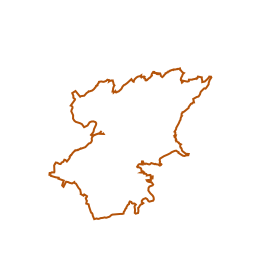 the district of Aiud, Alba, Romania, rotated 129°
{"feature_id": "2599482B674041573443", "entity_name": "Aiud", "entity_type": "district", "adm_level": 2, "iso_a3": "ROU", "parent_name": "Romania", "parent_adm1": "Alba", "projection": "natural_earth1", "projection_center": [23.671, 46.302], "detail": "fine", "context": "isolated", "style": "outline", "palette": "amber", "viewbox_px": 256, "rotation_deg": 129, "n_neighbors": 0, "source": "geoboundaries", "source_scale": "gbopen_adm2", "svg_char_len": 5783}
<svg xmlns="http://www.w3.org/2000/svg" viewBox="0 0 256 256"><g transform="rotate(129 128 128)"><path d="M146.6,186.6L146.3,185.8L146.5,184.5L147.4,183.7L149.2,183.3L150.7,182.6L152.6,178.7L155.3,176.6L156.1,174.3L156.1,172.5L154.5,168.4L154.0,166.3L155.0,162.6L151.5,161.0L147.8,161.4L146.0,160.5L144.6,159.0L143.9,157.0L144.3,155.7L145.5,154.9L150.3,153.7L152.5,152.5L154.2,152.3L156.7,152.4L156.7,151.4L155.6,151.1L156.2,150.4L155.0,149.9L153.1,148.9L150.8,147.4L150.5,147.2L150.6,146.8L150.3,146.5L148.9,146.8L146.9,146.6L148.9,146.8L150.3,146.4L148.1,143.5L147.9,143.5L148.0,143.2L150.7,146.8L150.8,147.3L153.1,148.8L156.2,150.3L156.4,150.1L157.3,150.1L158.9,149.7L160.4,148.2L161.5,147.8L162.8,147.7L163.8,148.0L164.7,148.7L169.7,149.1L173.8,151.6L173.7,151.9L176.6,153.0L176.5,153.3L176.8,153.5L178.9,154.7L178.8,155.0L182.5,155.3L185.0,155.0L185.3,155.1L185.3,155.4L186.2,155.4L187.1,155.3L187.3,154.8L188.6,154.4L192.5,154.4L192.2,156.4L192.7,157.5L195.0,157.0L196.7,157.9L197.8,157.6L198.5,157.8L199.1,158.7L199.6,161.3L200.3,162.4L201.6,162.0L201.8,162.2L203.6,161.8L208.0,157.9L208.9,157.4L209.9,158.5L210.2,159.2L211.3,159.6L212.3,160.6L212.6,160.5L213.2,159.7L213.8,159.6L213.3,157.9L213.7,157.7L212.9,155.8L211.8,153.1L210.3,150.6L211.2,150.2L209.3,144.8L214.0,143.1L214.3,142.1L214.3,141.1L208.7,142.3L207.5,140.0L207.5,139.2L206.4,136.8L206.2,136.5L203.9,135.7L204.4,135.2L204.0,133.3L205.7,128.8L206.1,126.3L208.3,123.6L209.1,123.2L208.6,120.0L207.2,120.2L206.8,116.9L207.9,116.5L209.1,116.7L210.1,115.2L210.5,114.0L211.3,113.8L213.0,112.9L212.1,110.6L213.7,108.6L216.4,104.4L217.0,103.2L216.8,102.4L217.3,101.3L218.3,100.2L220.1,96.9L218.1,95.5L217.5,94.1L216.9,93.5L215.2,92.5L213.8,91.1L212.1,89.8L211.7,88.8L211.4,88.4L208.5,86.5L206.5,86.2L205.2,85.7L200.0,80.3L198.4,78.4L197.3,77.6L195.8,78.5L194.5,78.5L192.4,79.1L191.5,78.8L190.9,79.3L187.8,79.8L186.5,79.3L185.1,80.2L183.9,80.3L183.4,78.8L184.0,77.7L183.8,76.9L182.6,75.4L182.6,73.7L184.2,73.7L185.1,73.4L187.0,71.1L189.7,69.3L189.7,68.1L187.7,66.7L185.9,67.7L183.7,69.8L182.9,69.6L180.5,70.0L178.8,69.7L178.2,69.1L176.8,68.8L176.9,70.7L175.8,71.5L173.7,71.4L171.4,70.1L171.2,68.2L171.9,66.4L171.8,65.1L168.6,62.7L167.1,63.1L165.7,64.6L165.0,66.3L164.7,69.6L163.8,72.8L161.7,74.3L160.0,74.5L157.1,72.8L156.1,72.9L155.4,75.3L157.0,78.4L157.2,79.6L156.8,80.6L155.4,79.2L154.2,77.4L153.0,78.5L151.8,77.2L150.3,78.2L150.6,78.4L150.4,78.7L151.5,79.8L150.4,81.0L150.5,81.3L153.1,83.5L152.5,83.9L152.3,85.0L153.4,86.8L152.6,87.2L154.5,90.0L153.5,89.5L152.8,88.3L152.3,88.4L152.3,89.1L152.7,89.6L152.5,90.9L151.4,92.1L151.2,93.1L151.7,94.9L152.5,95.9L152.4,96.5L149.7,96.8L148.7,96.2L147.1,93.5L145.6,94.3L146.3,95.0L146.7,95.1L145.2,96.1L144.6,95.4L145.5,94.1L145.4,92.1L144.6,91.9L144.2,91.4L143.0,88.6L142.5,88.2L140.6,87.8L139.7,85.5L139.2,84.3L138.7,84.2L138.2,82.8L137.3,81.5L137.3,79.8L136.9,79.4L136.0,79.1L135.2,79.2L135.2,81.2L135.0,81.5L133.9,82.0L133.0,83.3L131.5,83.8L127.2,82.3L123.6,80.4L120.6,79.1L119.6,79.0L116.4,77.3L115.3,76.3L115.3,75.6L115.0,73.4L115.6,73.1L115.0,67.9L114.2,66.5L112.7,65.6L111.2,64.0L110.0,64.5L111.6,66.8L111.7,70.8L111.5,71.9L110.3,73.4L110.0,74.2L110.2,74.7L109.5,75.8L108.2,76.7L107.4,76.6L107.9,78.8L107.4,79.3L107.6,80.0L107.6,81.8L107.9,82.1L107.6,82.3L107.6,83.0L107.3,83.4L106.6,83.3L106.0,84.3L105.7,85.9L105.0,85.6L104.0,86.0L104.5,86.3L104.7,87.1L103.5,87.0L101.7,88.4L101.5,89.1L101.6,89.5L99.7,89.7L98.4,90.0L97.6,90.6L92.4,91.5L89.7,92.3L88.5,92.4L87.3,93.2L86.3,93.6L84.9,93.7L85.0,93.9L84.8,94.2L82.9,95.4L81.6,95.2L81.4,95.5L80.0,94.7L74.2,93.5L73.3,94.1L69.6,94.3L68.5,93.5L67.7,93.7L67.4,93.6L66.6,92.8L64.4,95.6L60.7,94.1L59.2,93.0L56.7,93.2L54.6,94.1L53.6,94.2L49.5,93.8L49.1,93.6L48.6,92.5L47.0,92.5L43.4,92.8L42.1,93.7L39.4,94.7L36.3,95.0L35.9,95.8L36.9,97.2L37.7,97.0L40.4,97.1L43.6,97.6L45.6,99.2L44.4,100.2L43.2,101.8L42.2,102.5L44.0,106.0L44.8,105.8L45.4,105.4L46.3,105.5L46.1,106.0L46.4,106.2L47.3,106.5L49.6,108.4L50.1,108.6L52.1,111.1L53.4,110.2L54.6,111.1L56.6,114.9L57.8,114.4L58.8,114.6L58.3,115.4L57.3,116.1L57.2,116.4L57.5,117.0L57.0,117.6L55.4,118.3L53.2,118.7L51.9,119.3L50.1,119.1L50.4,120.1L50.3,121.9L49.9,123.1L50.1,123.8L49.0,125.1L51.0,126.4L51.0,126.8L52.4,127.7L53.6,129.1L54.1,129.1L54.1,129.6L55.2,130.2L55.8,130.8L56.7,131.0L57.1,131.5L58.1,131.6L58.8,132.3L59.8,132.1L60.2,132.6L61.2,132.8L61.8,133.3L62.4,133.0L63.9,133.2L65.4,133.1L66.9,133.4L66.8,135.4L66.1,136.1L65.4,137.3L65.4,137.6L66.7,138.0L66.5,138.7L67.3,139.0L67.0,139.5L67.9,139.9L67.8,140.2L67.5,140.2L67.4,140.5L67.9,141.3L68.1,141.2L68.9,142.6L68.0,143.0L68.5,143.7L70.9,143.5L71.7,143.2L72.2,142.4L73.5,142.7L74.6,142.5L76.3,143.1L78.9,143.4L79.7,143.9L79.9,144.4L79.0,145.2L78.9,145.7L79.2,146.6L78.7,146.9L78.7,147.1L78.2,147.6L77.8,147.5L77.8,147.8L78.8,148.8L80.3,149.4L80.1,150.2L78.9,150.9L80.2,151.3L81.8,152.6L83.4,153.2L86.0,153.5L87.3,153.2L88.5,152.7L88.7,153.7L87.9,156.1L93.5,156.9L96.2,157.6L97.0,158.1L99.2,158.3L101.3,157.8L102.5,157.8L105.5,158.3L106.7,159.1L106.8,159.4L106.7,159.5L107.4,159.3L107.7,159.5L107.3,160.2L107.6,160.6L107.4,161.0L108.1,160.9L108.2,161.3L109.5,161.5L108.9,162.1L108.8,162.5L109.3,163.0L107.2,164.0L106.6,164.5L104.4,165.3L103.4,165.3L103.0,166.8L102.4,167.4L100.7,169.8L101.2,170.1L101.5,170.8L101.9,170.9L102.7,171.7L103.7,172.0L102.6,172.5L102.7,173.1L103.4,173.9L103.5,174.4L105.2,174.6L107.1,175.7L107.8,176.4L108.6,178.0L110.4,179.6L111.8,179.1L112.1,179.2L114.2,179.0L114.3,178.6L114.8,178.8L114.8,179.1L115.5,179.3L117.0,178.8L117.7,179.0L119.1,178.9L121.4,179.4L124.0,181.1L124.3,181.7L125.1,181.6L126.9,182.2L130.4,182.3L133.1,184.8L133.8,184.9L132.3,192.1L136.0,193.3L137.3,190.8L138.9,189.5L138.9,187.7L139.1,187.7L139.4,187.0L146.6,186.6Z" fill="none" stroke="#b45309" stroke-width="2"/></g></svg>